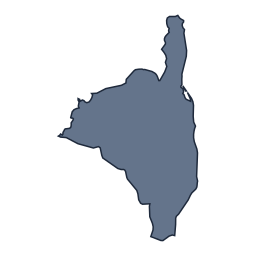 SVG path tracing the border of Haute-Corse
{"feature_id": "FRA-5297", "entity_name": "Haute-Corse", "entity_type": "Metropolitan department", "adm_level": 1, "iso_a3": "FRA", "parent_name": "France", "parent_adm1": "", "projection": "albers", "projection_center": [9.18, 42.426], "detail": "fine", "context": "isolated", "style": "filled", "palette": "slate", "viewbox_px": 256, "rotation_deg": 0, "n_neighbors": 0, "source": "natural_earth", "source_scale": "10m", "svg_char_len": 2191}
<svg xmlns="http://www.w3.org/2000/svg" viewBox="0 0 256 256"><path d="M58.4,136.1L59.7,135.3L60.6,134.0L62.3,135.0L62.9,134.2L63.0,132.6L63.6,131.3L64.3,130.4L64.5,129.6L65.2,128.9L69.7,128.3L70.9,127.0L71.2,125.1L71.2,122.8L72.8,120.5L73.4,118.9L72.8,118.2L71.0,118.0L70.7,117.5L71.0,116.6L72.2,111.8L74.0,109.7L76.4,108.6L79.1,107.9L78.3,106.1L79.1,101.9L78.1,100.1L78.1,98.6L79.2,99.2L79.6,99.3L79.7,99.6L80.1,101.3L82.4,100.0L83.9,100.6L85.1,102.0L86.8,102.7L89.0,102.0L90.6,100.1L91.9,97.6L92.6,94.8L91.6,93.5L96.9,93.2L105.8,88.6L121.4,85.3L125.9,83.0L126.3,79.3L133.9,70.9L135.4,69.7L138.7,69.2L142.0,69.1L143.5,69.6L144.8,69.5L152.0,71.5L154.9,73.2L155.9,74.1L156.8,75.4L157.5,76.9L158.8,80.6L159.8,80.6L164.7,72.0L166.8,66.5L165.4,62.3L166.6,58.7L165.8,55.3L163.9,52.2L161.6,49.3L165.4,44.0L165.4,42.3L164.5,40.5L164.4,38.9L165.0,37.1L165.9,35.8L169.2,32.3L168.7,31.3L168.6,30.8L168.7,30.0L169.2,28.4L167.7,26.8L166.8,23.8L166.6,20.5L167.3,18.0L169.5,16.5L175.3,16.5L177.8,15.4L179.6,18.0L180.9,19.0L183.6,20.5L183.6,22.0L182.4,23.5L182.2,25.5L182.9,27.7L184.5,29.6L183.9,33.2L186.6,50.5L186.3,56.3L181.9,74.1L182.0,76.4L181.8,79.1L181.9,84.6L181.7,85.1L181.3,85.6L180.9,86.2L180.9,87.1L181.2,87.6L181.9,88.0L182.5,88.2L182.8,88.2L183.2,90.0L183.5,91.0L183.5,92.0L182.8,93.6L183.9,94.5L184.4,95.8L184.8,97.2L185.7,98.8L186.8,99.6L190.6,101.3L190.2,98.6L189.6,97.3L187.4,92.4L191.5,98.4L192.9,101.7L193.5,105.3L193.2,116.4L193.7,122.1L195.5,126.1L194.6,128.6L194.0,131.3L193.6,134.2L193.6,137.8L194.3,141.7L196.9,149.1L197.5,152.9L196.6,176.6L197.6,181.1L197.3,182.6L197.0,186.0L196.7,187.4L195.7,189.2L191.9,192.8L190.4,195.2L188.2,199.9L178.6,214.1L176.4,216.2L175.7,218.0L175.6,224.7L174.7,235.6L172.3,235.0L169.1,236.1L162.9,240.6L160.9,240.5L150.8,236.6L153.0,230.1L153.2,226.8L152.4,223.3L149.8,216.8L149.4,206.3L149.9,203.8L142.5,204.2L140.6,203.2L138.7,199.8L137.9,193.8L136.8,190.4L127.5,179.1L126.8,177.4L125.6,171.6L124.7,170.0L123.7,169.5L121.1,169.5L117.8,168.5L102.8,158.0L101.8,155.3L100.2,147.8L98.5,146.6L93.4,148.0L77.9,143.7L66.3,137.6L60.6,137.1L58.4,136.1ZM182.8,85.8L186.4,91.0L185.6,91.0L182.8,85.8Z" fill="#64748b" stroke="#1e293b" stroke-width="1.5"/></svg>